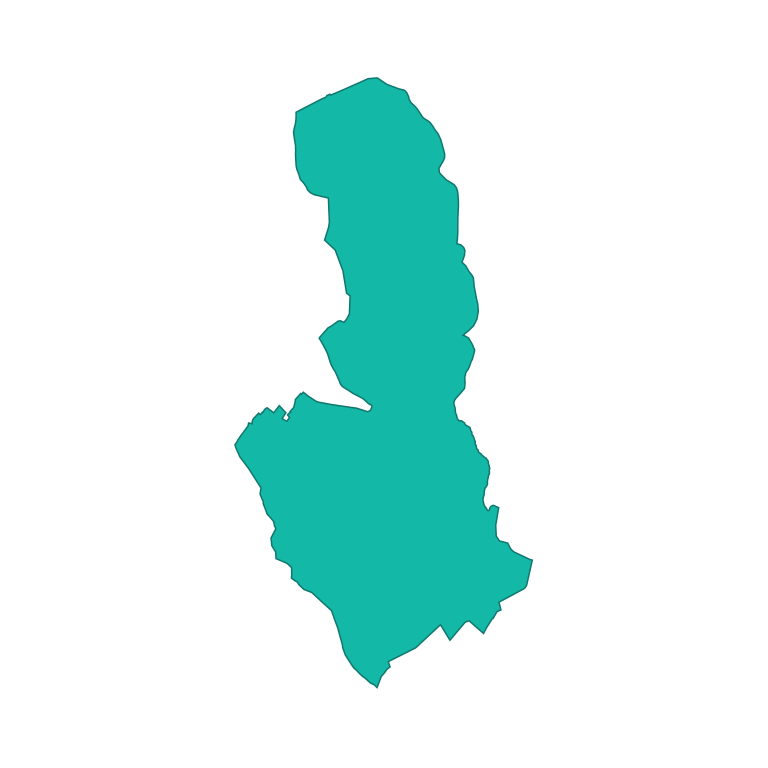 the district of Titesti, Arges, Romania, rotated 308°
{"feature_id": "2599482B73209065312758", "entity_name": "Titesti", "entity_type": "district", "adm_level": 2, "iso_a3": "ROU", "parent_name": "Romania", "parent_adm1": "Arges", "projection": "equal_earth", "projection_center": [24.984, 45.011], "detail": "fine", "context": "isolated", "style": "filled", "palette": "teal", "viewbox_px": 768, "rotation_deg": 308, "n_neighbors": 0, "source": "geoboundaries", "source_scale": "gbopen_adm2", "svg_char_len": 5643}
<svg xmlns="http://www.w3.org/2000/svg" viewBox="0 0 768 768"><g transform="rotate(308 384 384)"><path d="M357.2,550.5L356.5,548.2L356.2,546.6L355.9,545.3L355.2,544.4L354.2,544.0L353.7,543.8L353.2,543.6L352.6,543.6L351.1,543.9L350.4,544.3L349.4,544.5L348.5,544.3L348.2,543.8L348.1,543.3L348.6,542.2L349.2,540.7L349.6,538.9L350.1,537.6L351.2,536.2L352.3,534.9L353.4,533.5L354.3,532.8L355.4,532.3L357.4,531.4L358.1,531.2L359.2,530.5L360.0,529.9L360.7,529.4L362.6,528.4L364.2,527.8L364.8,527.8L367.5,527.6L369.2,527.0L369.8,526.2L370.4,525.8L372.3,524.7L376.3,522.7L378.1,522.4L378.8,521.8L380.7,520.2L382.6,519.3L384.4,517.0L385.6,515.2L387.1,514.0L387.6,512.9L387.8,511.9L388.1,511.0L388.4,509.9L388.1,508.4L388.2,507.7L388.2,506.8L388.3,506.0L388.2,505.1L388.5,504.2L388.7,503.5L388.6,502.4L388.5,501.5L388.6,500.7L388.8,500.3L389.1,499.6L389.4,499.3L390.0,498.7L389.9,497.3L390.3,496.6L391.2,495.6L392.0,494.9L392.4,494.3L392.7,492.8L393.7,492.1L394.6,491.6L395.0,491.1L395.7,489.8L396.3,488.7L397.2,487.6L397.9,486.3L398.2,485.7L398.1,485.2L398.2,484.6L398.4,484.4L399.4,483.5L400.2,482.8L400.2,482.3L400.3,481.8L400.6,481.2L401.3,480.4L402.7,478.5L402.0,474.1L402.0,472.9L402.9,471.5L402.7,467.6L401.8,466.5L401.3,465.4L401.4,464.5L402.3,462.3L403.2,461.4L404.1,460.4L405.2,458.3L406.7,456.8L407.9,455.7L408.9,454.7L409.6,453.8L410.3,452.8L411.2,451.5L411.5,451.0L412.5,450.5L414.4,449.7L416.8,449.5L424.4,450.0L430.1,450.2L435.1,447.0L436.3,445.8L437.7,444.7L438.9,443.6L439.9,443.1L441.7,442.4L442.9,441.5L447.6,441.2L448.5,441.0L450.8,440.4L453.8,439.4L455.1,438.9L457.9,438.4L460.0,437.5L465.5,435.2L466.4,434.7L467.0,434.0L467.2,433.5L467.5,433.0L467.7,432.4L468.0,431.8L469.0,430.5L469.7,428.9L470.9,425.9L471.5,424.5L472.3,422.4L472.3,421.5L472.1,420.7L471.8,418.7L471.5,417.6L471.0,416.4L474.0,416.8L477.6,417.8L480.9,418.2L484.7,418.8L488.5,418.1L492.2,417.3L493.5,416.7L496.1,415.3L499.5,413.4L504.5,408.9L506.7,406.2L508.2,404.3L510.5,401.8L513.1,398.8L516.5,394.9L519.8,391.8L522.6,389.1L523.8,386.7L524.1,385.4L525.0,381.6L525.8,379.6L527.3,376.1L528.1,370.3L530.6,369.7L534.9,368.2L539.0,365.6L540.6,362.8L541.0,359.2L539.5,355.0L542.5,353.2L549.1,348.7L554.0,344.8L560.7,339.7L570.2,333.0L573.1,330.7L578.3,326.1L581.5,322.9L583.3,320.1L584.3,316.5L583.2,307.4L583.9,302.3L584.2,299.7L584.8,297.4L587.7,294.6L592.2,293.9L593.6,293.7L596.7,293.3L599.7,292.4L602.4,290.4L605.4,286.6L611.4,278.5L613.4,274.7L614.7,271.9L615.6,268.0L617.3,263.5L618.3,259.8L618.5,258.0L618.2,255.0L618.0,252.7L618.0,250.6L618.1,249.9L618.5,248.7L619.3,246.6L619.7,245.4L620.1,244.2L621.1,241.1L621.8,238.0L622.3,232.9L622.5,231.4L624.1,228.1L625.5,226.6L626.5,224.7L627.5,222.7L627.7,222.0L628.0,220.1L627.8,218.4L625.7,214.0L624.7,210.8L621.9,201.9L621.1,190.3L614.8,183.5L591.4,171.1L578.9,164.2L579.1,163.0L576.1,161.4L574.3,161.7L570.4,159.5L553.1,151.5L544.0,147.4L543.0,148.2L541.0,149.8L539.6,150.8L538.3,151.7L536.9,152.6L533.9,154.3L531.2,155.4L526.8,157.6L521.8,162.7L517.4,167.5L513.7,170.5L509.5,173.7L502.0,180.3L499.7,182.9L496.9,187.6L493.7,192.1L492.8,197.3L491.6,201.1L489.8,204.5L489.4,208.2L489.7,209.9L490.2,212.5L496.3,225.7L477.8,241.4L473.1,244.0L468.0,245.9L460.8,248.6L460.5,252.2L459.5,263.1L447.9,282.0L432.6,298.5L432.5,303.1L429.1,305.5L422.2,310.5L418.0,313.5L412.7,314.6L408.0,314.5L406.9,310.6L405.2,309.1L397.8,307.0L393.6,305.3L380.7,304.6L380.1,304.8L379.2,307.5L378.1,310.1L377.0,312.6L375.4,316.3L373.7,319.8L372.8,321.4L371.3,323.6L368.5,327.5L366.9,330.1L366.1,331.6L364.7,335.0L363.7,337.9L359.0,346.7L357.3,349.4L356.8,350.9L356.4,352.6L356.8,357.4L357.1,359.4L357.3,362.7L357.5,365.3L358.2,368.9L358.9,372.6L359.5,376.3L359.5,377.5L359.2,381.5L359.0,383.6L359.1,384.7L359.2,385.9L359.6,386.4L359.6,387.4L358.5,388.6L354.5,389.6L352.1,388.1L350.4,383.6L348.0,377.1L345.8,373.4L343.7,369.7L335.2,354.8L329.2,343.2L328.5,340.8L327.8,331.9L327.8,325.4L325.1,325.2L325.2,324.2L317.1,323.7L315.4,324.9L311.7,326.5L310.0,327.3L304.5,327.0L304.5,327.6L303.8,327.6L303.7,327.4L302.1,327.2L300.4,326.9L300.1,327.5L299.8,329.2L299.6,330.0L294.9,330.5L294.2,327.2L294.1,325.0L295.1,324.9L300.9,324.4L302.5,314.8L295.2,314.8L293.5,314.9L293.4,312.0L293.3,308.2L293.3,306.5L291.3,305.7L287.0,305.9L286.9,305.5L283.7,305.4L283.9,303.2L276.8,302.5L274.6,302.7L272.7,303.6L271.5,304.6L269.9,301.3L268.7,301.9L267.5,302.6L266.1,302.8L265.0,302.7L258.5,302.9L254.9,303.0L250.2,303.3L247.8,303.8L245.7,303.9L244.5,303.9L243.8,304.8L242.5,306.6L238.3,314.5L237.8,315.4L237.2,317.7L235.1,325.4L234.2,329.0L228.0,346.5L227.4,348.3L226.4,351.1L220.9,354.1L217.2,360.8L216.8,361.5L215.3,362.5L214.8,363.4L212.0,368.1L209.6,371.9L209.1,374.6L208.5,378.0L207.8,381.4L206.4,383.4L204.6,385.2L204.2,386.7L203.1,387.9L193.1,389.8L187.5,395.2L186.5,397.8L184.9,402.0L183.2,403.6L179.9,406.4L183.0,418.0L182.9,418.8L182.8,420.6L182.6,422.4L182.4,424.2L179.8,426.3L177.3,428.4L174.0,430.6L174.1,435.0L174.6,437.3L173.5,440.3L172.8,447.3L174.4,452.7L175.2,455.2L175.1,457.1L174.1,468.7L173.1,482.2L168.1,490.0L163.2,497.9L158.3,504.4L153.5,511.0L150.6,514.1L146.7,520.3L145.4,524.0L142.7,531.6L141.6,535.3L141.5,538.1L140.7,543.3L140.4,547.1L140.6,549.8L140.3,553.7L140.0,557.7L141.0,561.5L140.5,565.4L141.9,565.0L151.8,561.9L156.8,562.2L161.2,562.0L164.7,563.0L167.9,558.3L195.6,571.4L229.1,576.7L222.7,593.7L246.1,594.6L249.8,596.7L248.7,616.0L255.6,614.8L260.8,614.3L265.7,613.8L266.4,614.3L274.1,613.2L278.0,615.2L282.9,608.9L308.7,620.3L311.0,620.6L313.2,620.3L336.5,609.3L335.4,606.5L331.6,589.4L332.1,585.3L334.8,579.4L331.4,571.6L333.3,566.0L341.5,559.0L357.2,550.5Z" fill="#14b8a6" stroke="#0f766e" stroke-width="1.5"/></g></svg>